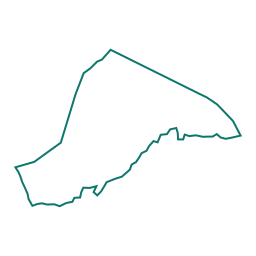 the district of Riachão, Paraíba, Brazil
{"feature_id": "56859067B21557901062595", "entity_name": "Riachão", "entity_type": "district", "adm_level": 2, "iso_a3": "BRA", "parent_name": "Brazil", "parent_adm1": "Paraíba", "projection": "robinson", "projection_center": [-35.645, -6.541], "detail": "fine", "context": "isolated", "style": "outline", "palette": "teal", "viewbox_px": 256, "rotation_deg": 0, "n_neighbors": 0, "source": "geoboundaries", "source_scale": "gbopen_adm2", "svg_char_len": 940}
<svg xmlns="http://www.w3.org/2000/svg" viewBox="0 0 256 256"><path d="M59.7,206.2L66.3,203.0L72.4,201.8L74.4,197.8L80.1,197.5L81.3,192.1L83.3,187.7L89.9,187.9L96.4,186.2L93.6,192.1L97.3,195.4L101.2,191.3L103.6,187.4L106.6,182.2L114.5,179.0L121.8,176.7L126.3,172.8L129.9,169.6L131.6,164.6L136.0,162.1L139.0,157.7L141.6,153.2L146.6,150.7L149.0,146.2L153.5,141.1L157.6,142.3L160.7,134.8L167.0,134.1L170.1,129.4L176.2,128.0L177.7,132.6L178.1,139.4L183.2,139.4L184.7,134.6L189.3,136.1L196.0,135.3L202.8,136.8L208.5,136.6L212.6,136.6L216.8,134.1L220.7,137.5L225.8,138.8L231.9,137.6L240.6,135.6L233.0,121.0L223.4,110.9L217.0,104.3L206.8,97.4L199.3,93.8L110.6,49.8L101.9,59.6L97.0,61.7L90.3,68.4L83.7,73.1L75.5,94.4L60.8,142.7L54.4,147.3L34.2,161.9L15.4,167.3L18.4,172.0L20.4,176.5L22.2,182.0L25.0,187.9L27.6,194.0L28.6,199.1L32.4,205.8L37.4,204.0L42.0,203.3L46.8,204.5L54.3,204.3L59.7,206.2Z" fill="none" stroke="#0f766e" stroke-width="2"/></svg>